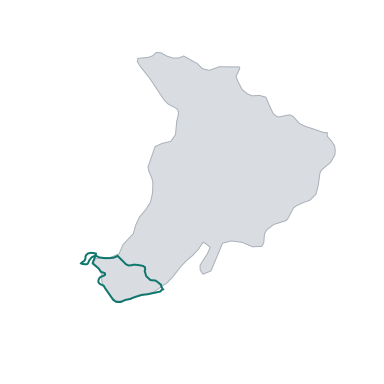 location of La Altagracia within Dominican Republic, rotated 118°
{"feature_id": "DOM-1987", "entity_name": "La Altagracia", "entity_type": "Province", "adm_level": 1, "iso_a3": "DOM", "parent_name": "Dominican Republic", "parent_adm1": "", "projection": "equal_earth", "projection_center": [-68.677, 18.544], "detail": "fine", "context": "in_parent", "style": "outline", "palette": "teal", "viewbox_px": 384, "rotation_deg": 118, "n_neighbors": 0, "source": "natural_earth", "source_scale": "10m", "svg_char_len": 2574}
<svg xmlns="http://www.w3.org/2000/svg" viewBox="0 0 384 384"><g transform="rotate(118 192 192)"><path d="M75.8,263.2L76.2,247.2L78.2,240.7L76.5,233.9L68.5,226.6L63.7,217.2L59.4,209.0L60.4,207.8L69.1,207.4L72.1,204.3L78.0,195.9L79.3,189.0L78.8,183.9L75.0,177.7L73.6,171.2L78.3,165.6L84.5,157.3L85.4,154.1L85.3,151.0L78.2,142.3L77.7,138.5L81.1,129.1L80.8,122.8L77.6,103.3L76.1,100.4L79.3,98.8L81.4,93.0L84.2,87.8L87.9,85.1L92.1,83.3L100.5,83.5L112.0,88.0L115.3,87.9L126.4,83.8L135.6,81.5L144.2,84.1L147.7,87.6L154.8,93.2L158.4,94.9L169.7,94.8L172.8,95.3L182.2,104.5L190.2,108.2L194.8,108.4L203.2,104.8L207.3,104.9L212.0,112.9L212.9,124.1L216.8,134.4L222.9,141.0L252.7,138.2L259.4,143.6L257.1,148.1L252.9,150.5L238.7,149.4L232.5,150.0L231.2,154.4L231.2,158.6L239.5,159.5L247.6,161.6L255.9,164.9L264.4,167.2L273.9,168.7L283.3,171.1L298.9,179.2L316.2,197.7L320.8,201.9L323.9,207.6L322.4,214.8L316.2,226.4L312.7,230.2L307.6,232.5L304.1,237.3L300.8,245.5L298.7,246.1L296.3,245.8L292.1,241.2L289.1,234.1L280.8,227.4L270.9,228.2L256.3,224.3L247.4,226.2L238.6,226.6L229.5,224.6L220.4,223.9L211.3,226.4L202.5,230.7L199.2,233.4L193.6,240.1L190.6,242.6L169.1,245.9L162.9,241.0L157.2,234.4L149.0,233.5L137.0,238.6L129.5,240.5L126.4,242.7L125.5,245.2L125.5,254.6L123.7,260.2L112.0,281.7L105.3,296.8L102.6,301.5L99.4,302.5L93.7,293.8L90.1,290.6L85.5,289.0L83.6,284.4L83.8,277.9L82.6,271.5L79.8,266.5L75.8,263.2Z" fill="#d9dde1" stroke="#a8b0b8" stroke-width="1"/><path d="M291.6,171.9L292.2,172.5L292.9,172.9L294.2,173.1L294.9,173.4L303.3,183.4L306.4,188.1L310.8,192.4L313.9,195.2L314.8,195.7L315.2,196.0L318.5,200.1L322.6,203.3L324.6,207.2L324.2,211.0L317.4,224.2L317.0,224.7L316.5,225.4L316.3,226.3L316.4,229.7L316.3,230.6L315.5,232.3L314.3,233.0L312.8,233.3L311.0,233.3L309.7,232.7L306.9,230.3L305.8,229.9L304.6,230.9L304.8,232.5L305.2,234.3L304.6,236.2L303.7,237.7L303.1,239.5L302.0,245.1L301.6,246.2L300.8,246.5L294.7,247.2L293.4,246.6L293.3,243.0L291.5,238.3L289.1,233.8L287.0,230.6L284.7,228.6L283.3,227.8L284.5,223.9L285.8,219.5L286.8,216.7L286.7,213.6L285.2,211.2L283.4,209.1L282.0,205.9L280.8,202.4L280.3,200.4L280.5,198.3L282.2,197.0L284.1,196.6L287.8,192.9L289.3,187.4L287.3,182.6L287.9,178.6L288.3,177.5L288.2,176.2L290.3,174.2L291.6,171.9ZM300.4,250.6L304.1,250.4L305.1,250.9L305.8,252.1L306.6,254.0L307.2,255.8L307.1,256.5L306.0,256.2L303.6,254.9L302.4,254.6L301.1,254.8L298.9,255.7L297.7,255.9L295.1,255.0L293.3,252.9L292.1,250.3L291.5,247.9L292.6,247.5L293.8,247.8L295.1,248.6L296.2,249.6L297.0,250.0L300.4,250.6Z" fill="none" stroke="#0f766e" stroke-width="2"/></g></svg>